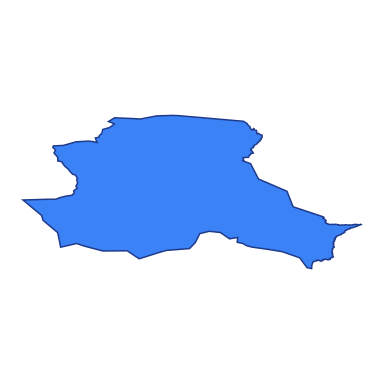 Guovdageaidnu sme 1, Finnmark, Norway (Robinson projection)
{"feature_id": "86288312B74284621306348", "entity_name": "Guovdageaidnu sme 1", "entity_type": "district", "adm_level": 2, "iso_a3": "NOR", "parent_name": "Norway", "parent_adm1": "Finnmark", "projection": "robinson", "projection_center": [24.886, 69.134], "detail": "fine", "context": "isolated", "style": "filled", "palette": "blue", "viewbox_px": 384, "rotation_deg": 0, "n_neighbors": 0, "source": "geoboundaries", "source_scale": "gbopen_adm2", "svg_char_len": 5427}
<svg xmlns="http://www.w3.org/2000/svg" viewBox="0 0 384 384"><path d="M108.5,121.5L111.9,122.8L114.3,124.1L109.6,127.5L102.7,129.5L102.0,133.0L99.3,135.6L99.2,137.0L95.3,138.0L97.0,142.5L92.4,141.5L88.4,141.1L76.2,141.8L63.4,145.4L53.4,145.9L52.8,147.5L55.5,149.8L54.0,152.9L57.7,157.3L57.8,161.0L61.6,161.7L63.8,164.9L64.8,166.3L68.1,169.0L70.1,171.6L72.8,174.4L73.9,174.5L75.1,175.0L75.4,175.1L77.4,178.2L77.0,178.8L76.8,180.0L77.6,182.9L75.9,186.2L77.1,187.7L77.1,188.3L73.7,190.8L74.2,193.0L72.0,195.2L65.5,196.2L59.3,197.8L56.1,199.2L46.0,199.3L23.0,200.0L41.6,215.5L43.1,220.4L57.6,232.5L58.8,237.8L60.6,247.2L76.7,243.5L83.6,245.9L102.9,251.0L127.2,250.8L139.2,258.8L158.7,252.6L166.4,250.4L189.5,248.6L195.3,242.6L199.8,233.6L209.3,231.3L220.4,232.5L229.5,238.8L237.7,237.5L237.2,242.3L242.6,243.4L246.9,245.8L251.9,247.1L268.4,249.4L282.3,251.7L299.7,257.8L307.0,267.6L311.6,268.6L311.9,265.0L313.0,261.9L313.6,261.7L314.2,261.5L314.2,261.4L314.4,261.3L315.0,261.0L315.6,261.0L316.0,261.0L316.0,260.9L316.2,260.7L315.9,260.6L316.8,260.6L317.0,260.4L317.1,260.2L317.3,260.3L317.5,260.3L317.7,260.5L318.0,260.3L318.8,260.4L318.9,260.2L319.2,260.2L319.3,260.4L319.5,260.5L319.4,260.5L319.6,260.6L319.8,260.7L319.9,260.8L320.1,260.9L320.5,260.8L320.8,261.0L320.8,260.9L321.2,260.9L321.5,260.7L322.1,260.7L322.8,260.5L322.8,260.3L322.6,260.3L322.6,260.2L322.8,259.9L322.7,259.8L322.8,259.7L323.7,259.4L323.8,259.4L323.7,259.4L323.7,259.5L323.9,259.5L324.2,259.4L324.4,259.6L324.8,259.3L325.6,259.2L325.9,259.0L326.2,259.1L326.3,259.2L326.5,259.3L326.8,259.4L326.7,259.4L326.9,259.6L328.1,259.9L328.2,259.7L328.8,259.6L329.3,259.5L329.1,259.4L329.2,259.2L329.5,259.0L329.9,258.8L329.8,258.6L329.9,258.4L330.0,258.3L330.0,258.1L330.2,257.9L330.8,257.9L331.6,257.6L332.0,257.7L332.4,257.6L332.8,257.3L332.7,257.1L332.9,257.1L333.1,256.9L332.7,256.7L332.9,256.5L333.0,256.3L332.9,255.9L332.5,255.6L332.6,254.9L332.7,254.7L332.5,254.3L332.5,254.1L332.6,253.8L332.4,253.7L332.5,253.6L332.2,253.1L332.2,252.9L332.3,252.5L332.0,252.3L331.8,251.9L332.1,251.6L332.6,250.3L332.4,249.5L332.2,249.4L332.3,249.2L332.5,248.9L332.5,248.7L332.6,248.4L333.1,248.2L333.3,247.6L334.1,247.5L334.2,247.3L334.1,247.2L334.1,246.8L333.5,246.7L333.5,246.4L333.3,246.1L333.4,245.7L333.4,245.1L333.5,244.7L333.8,244.6L333.7,244.3L333.7,244.2L333.7,243.7L333.3,243.5L333.2,243.3L333.5,243.0L333.5,242.6L333.4,242.5L333.7,242.1L333.7,241.7L333.8,241.7L334.5,241.2L334.6,240.9L334.6,240.5L334.4,240.4L334.5,240.3L334.6,239.9L334.8,239.7L335.1,239.3L335.0,239.2L334.9,239.1L335.2,238.9L335.3,238.4L335.0,238.3L335.2,238.2L335.3,237.8L335.7,237.5L335.9,237.5L336.1,237.2L336.0,236.9L336.3,236.8L336.3,236.7L336.7,236.4L336.8,236.1L337.2,236.0L337.5,236.0L338.4,235.5L338.7,235.3L339.5,235.0L340.7,234.8L340.9,234.6L341.7,234.0L341.7,233.7L341.8,233.7L343.0,233.3L343.3,233.0L343.7,233.0L343.8,232.9L344.1,232.7L344.2,232.3L344.3,232.1L344.4,231.9L344.6,231.9L344.5,231.7L344.9,231.3L344.9,231.1L344.9,230.9L345.0,230.9L345.2,230.7L345.6,230.5L345.8,230.5L345.9,230.3L346.5,230.1L347.7,229.4L349.6,228.8L349.9,228.7L349.7,228.5L349.9,228.3L350.5,228.1L351.4,227.8L352.1,227.8L354.7,226.9L355.1,226.9L356.1,226.5L356.3,226.3L356.6,226.3L356.9,226.2L358.0,225.8L358.2,225.6L358.4,225.5L358.4,225.4L360.5,224.9L361.0,224.6L360.7,224.5L360.6,224.3L359.7,224.6L359.9,224.7L359.1,225.0L358.1,224.8L357.0,224.4L353.7,224.5L351.7,225.0L350.8,225.1L349.6,224.9L349.2,224.9L349.0,225.0L348.4,225.1L347.0,225.0L346.6,224.8L345.0,224.8L344.7,225.0L344.0,225.1L341.9,224.9L341.3,225.0L340.9,225.3L340.3,225.4L339.6,225.1L339.0,225.1L339.1,224.9L338.3,224.7L335.5,224.3L334.6,224.3L334.4,224.4L334.0,224.5L332.2,224.3L330.8,224.5L330.2,224.5L327.4,223.9L326.9,223.4L326.1,223.2L326.3,223.0L325.7,222.5L325.7,222.3L325.2,221.7L325.8,221.1L326.0,220.9L326.1,220.6L325.9,220.2L325.5,220.1L324.9,219.6L324.7,219.5L324.7,219.3L324.6,219.2L324.3,219.0L324.2,218.9L323.8,218.8L323.7,218.6L323.1,218.3L323.3,218.0L323.4,217.8L323.3,217.6L323.6,217.6L323.6,217.4L323.4,217.3L323.6,217.2L323.2,217.0L323.3,216.9L323.2,216.8L293.1,206.8L287.0,191.3L258.5,179.0L250.7,163.9L250.3,163.5L242.8,160.9L242.6,160.6L242.9,160.4L243.2,160.3L243.0,160.2L242.9,160.1L243.0,160.0L243.5,159.8L243.4,158.1L243.1,157.9L245.4,157.4L248.5,157.4L249.1,155.6L250.4,154.7L250.5,154.4L251.0,154.0L251.2,153.4L251.5,153.3L253.0,153.2L253.3,153.1L252.6,152.0L252.5,151.6L252.0,151.0L251.6,150.6L251.1,150.5L250.6,150.1L250.6,149.9L251.1,149.5L251.0,149.3L250.9,149.0L250.9,148.8L251.4,148.5L251.6,148.3L252.0,148.4L252.8,147.7L253.6,147.3L253.9,146.6L253.4,146.3L253.4,146.1L255.6,144.5L256.1,144.3L257.5,143.4L257.5,143.2L257.5,142.7L258.6,142.0L259.8,141.1L259.9,140.9L259.6,140.6L259.9,140.5L260.0,140.2L260.9,139.6L261.3,139.1L261.3,138.6L261.1,138.5L261.2,138.4L261.5,137.9L262.2,137.3L262.1,136.8L262.0,136.1L262.1,135.8L262.0,135.6L262.0,135.3L261.9,135.0L261.1,135.1L259.9,134.4L258.4,133.3L257.5,133.9L257.1,133.8L256.8,133.5L256.7,133.3L256.7,131.1L256.5,130.6L256.2,130.3L255.2,130.4L254.7,130.3L254.4,129.8L254.2,129.0L254.0,128.7L253.9,128.6L253.7,128.5L253.3,128.8L253.4,129.2L253.3,129.4L253.1,129.6L252.6,129.8L251.5,129.8L251.3,129.4L250.5,128.7L250.4,128.5L250.4,128.0L250.1,127.1L249.7,126.4L248.4,125.6L247.0,123.5L243.9,121.6L243.6,121.3L178.1,115.6L172.7,115.4L156.6,115.9L140.4,119.0L131.7,118.5L114.6,117.8L108.5,121.5Z" fill="#3b82f6" stroke="#1e3a8a" stroke-width="1.5"/></svg>